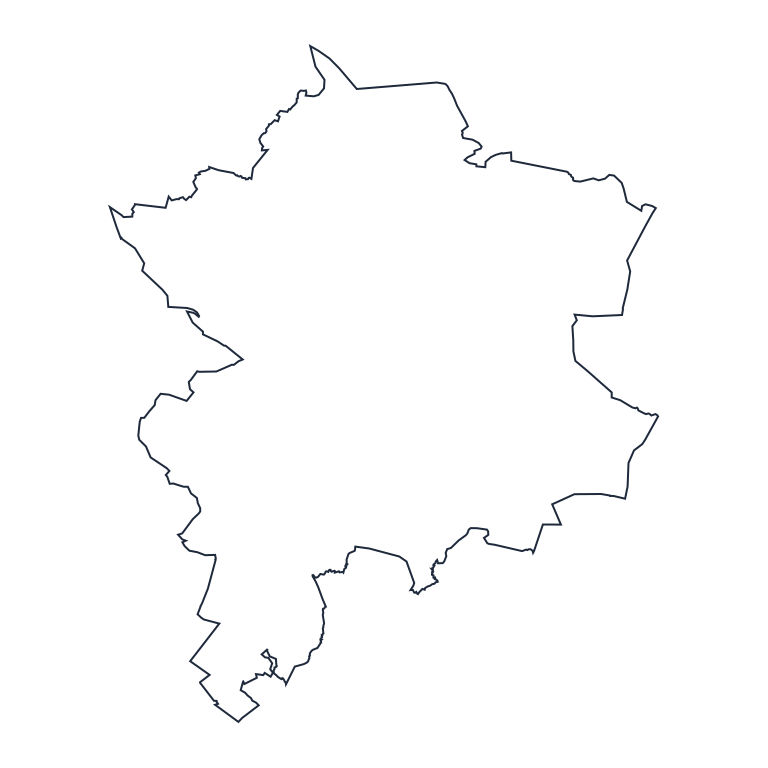 outline of Nītaures pag., Amatas, Latvia
{"feature_id": "27541924B33705410668553", "entity_name": "Nītaures pag.", "entity_type": "district", "adm_level": 2, "iso_a3": "LVA", "parent_name": "Latvia", "parent_adm1": "Amatas", "projection": "mercator", "projection_center": [25.207, 57.075], "detail": "fine", "context": "isolated", "style": "outline", "palette": "slate", "viewbox_px": 768, "rotation_deg": 0, "n_neighbors": 0, "source": "geoboundaries", "source_scale": "gbopen_adm2", "svg_char_len": 6100}
<svg xmlns="http://www.w3.org/2000/svg" viewBox="0 0 768 768"><path d="M658.1,416.4L656.8,414.8L655.4,414.1L651.4,415.5L649.4,413.8L648.3,413.5L646.2,414.1L644.2,413.4L638.4,410.4L637.8,408.5L636.9,407.6L635.3,408.3L632.2,407.4L620.3,400.2L611.7,397.5L611.7,392.4L587.8,371.3L575.4,360.9L573.4,351.3L573.3,341.0L572.4,326.1L576.8,320.3L574.6,314.6L592.6,316.3L622.0,315.0L623.0,309.3L622.7,308.4L627.3,289.7L630.2,271.4L627.1,260.5L645.2,226.4L652.5,213.2L655.8,208.1L652.1,206.0L645.6,204.3L642.1,206.0L641.3,210.8L626.9,201.9L623.6,188.4L621.7,182.9L614.1,175.6L609.3,174.9L605.0,178.7L598.7,180.3L593.4,178.4L580.2,181.6L574.3,181.0L573.3,180.2L572.9,179.4L573.2,178.4L573.0,177.7L571.3,176.6L570.8,174.8L568.9,174.1L568.2,172.5L566.8,171.7L511.3,160.7L511.1,152.4L502.5,153.5L501.9,153.1L495.9,154.8L491.0,157.1L485.6,161.8L485.3,167.2L476.4,166.3L476.3,164.3L469.5,163.2L464.6,160.0L467.6,157.3L474.7,153.8L474.4,150.9L480.7,148.6L481.6,146.6L478.7,143.0L472.6,139.7L463.1,138.0L462.0,134.5L462.5,133.8L462.7,132.6L461.9,131.0L467.9,126.3L465.6,121.3L457.1,105.8L454.1,98.2L451.9,93.6L449.5,90.0L447.8,86.5L446.0,84.4L444.8,83.8L436.7,82.5L356.8,89.0L339.3,68.4L329.5,58.5L318.3,50.7L310.3,46.1L315.5,66.7L324.5,79.8L324.0,88.4L318.6,94.9L313.8,96.3L305.7,95.6L306.4,92.8L305.9,90.5L303.6,90.9L300.9,90.5L299.9,91.2L298.5,92.7L297.8,94.3L297.8,98.3L296.7,98.7L296.7,102.4L294.2,105.3L292.7,106.4L290.2,109.5L289.0,109.0L287.4,111.9L280.2,110.9L276.9,114.9L279.6,116.5L278.0,121.3L274.6,120.2L270.8,124.1L268.9,124.3L268.9,125.7L266.1,129.1L266.5,131.2L265.8,132.4L264.9,133.2L263.8,133.2L261.6,135.2L259.3,139.2L260.4,142.9L263.2,146.5L262.1,148.1L261.9,150.4L267.6,149.9L253.0,168.0L251.4,178.9L249.4,177.7L248.7,177.9L248.0,179.1L245.8,179.4L245.4,178.2L242.1,177.8L241.4,176.4L240.7,176.0L239.5,176.5L238.1,176.2L237.3,175.3L236.2,175.5L233.5,173.0L218.6,170.2L209.2,167.0L209.4,168.9L205.4,170.8L200.8,171.5L198.9,172.6L199.8,174.2L195.3,175.4L195.9,178.2L193.3,181.9L195.6,187.2L197.0,188.9L196.8,189.6L192.0,195.5L191.2,197.2L189.4,196.7L186.1,200.1L184.3,198.9L182.9,197.2L179.5,198.2L179.0,199.2L176.6,199.1L171.7,200.4L168.7,196.6L165.6,207.8L135.0,204.2L135.1,204.7L131.9,209.4L133.8,212.1L132.4,213.7L132.3,216.6L123.5,217.1L121.5,215.1L109.9,207.1L116.5,226.9L120.8,238.5L121.5,237.9L121.9,238.9L135.0,248.3L144.2,263.3L142.2,270.7L162.4,289.7L167.4,295.8L168.3,306.9L187.2,308.0L193.1,309.7L197.0,312.4L199.1,316.0L198.7,316.8L195.3,313.9L193.2,312.8L187.0,311.5L192.7,322.6L202.9,331.6L203.0,334.4L217.6,341.4L224.1,345.7L225.6,345.7L242.7,359.5L238.4,361.3L233.8,364.9L231.9,364.7L216.4,371.5L199.3,371.8L197.2,371.3L191.0,379.7L188.8,382.0L190.0,389.2L193.5,392.4L186.6,400.9L169.1,394.7L160.6,393.8L155.5,400.2L154.7,405.1L149.3,411.3L144.3,417.8L141.0,417.9L139.7,422.0L138.3,435.5L139.2,439.7L146.0,446.5L150.6,457.4L167.0,468.4L169.4,471.0L165.8,475.0L167.3,476.8L169.7,483.8L173.2,483.5L183.5,486.7L187.9,486.8L191.0,493.4L196.9,498.0L197.8,503.1L200.2,508.2L200.2,511.5L198.6,513.6L192.8,519.1L182.6,532.9L182.0,533.5L178.1,534.7L182.3,539.4L185.8,540.7L182.4,542.3L184.6,546.1L189.4,550.7L197.3,552.2L205.2,555.2L215.1,554.9L215.8,558.7L215.3,559.6L215.6,560.0L207.9,588.6L202.0,603.5L200.4,606.4L200.5,606.7L197.6,614.3L201.7,618.1L204.2,619.6L219.3,623.6L190.2,661.2L209.6,674.9L200.0,682.3L200.1,682.8L214.0,700.8L216.6,700.9L216.8,702.3L218.0,703.8L215.1,704.8L238.4,721.9L242.2,717.9L258.7,705.3L256.0,702.6L252.2,700.6L251.1,698.2L247.5,695.4L245.2,692.8L240.7,690.2L243.1,681.5L243.3,681.4L244.4,684.0L256.8,677.8L256.0,674.1L263.3,675.1L264.7,672.9L270.6,676.7L272.9,672.7L270.2,669.2L272.2,663.3L268.3,657.8L265.1,657.4L261.7,654.4L267.6,649.1L267.0,650.8L269.8,656.4L275.9,658.9L276.4,665.5L276.8,666.0L275.8,667.2L274.5,667.5L274.5,669.0L273.7,670.4L273.7,672.3L274.3,673.7L276.5,675.3L277.7,676.8L281.5,679.2L282.1,679.0L282.3,678.2L282.9,678.3L284.2,680.2L284.8,681.8L285.7,682.2L286.0,684.3L294.8,666.6L303.8,664.1L307.0,662.5L308.2,661.2L308.7,659.4L309.4,658.3L309.1,656.3L309.9,655.7L309.8,653.7L310.3,652.6L311.8,650.6L313.1,649.7L317.4,648.0L320.4,643.5L320.5,642.6L321.0,642.5L320.8,642.1L321.2,640.6L320.6,640.5L320.4,639.3L321.1,639.2L320.8,639.0L321.9,637.5L321.5,637.1L321.7,636.3L322.0,636.4L321.8,634.9L322.5,634.9L322.8,633.8L323.4,633.4L322.8,628.2L323.3,627.6L323.3,626.1L324.1,623.3L322.9,615.8L322.8,614.5L323.3,613.0L322.8,609.7L323.0,608.8L324.3,608.4L325.2,606.7L325.8,606.6L322.7,599.4L318.5,587.9L315.9,582.0L312.5,575.9L312.6,575.1L313.3,575.1L315.0,577.4L316.1,577.7L318.1,576.8L320.3,574.0L323.9,574.6L325.0,573.3L325.7,571.6L326.8,571.3L328.3,571.9L329.1,570.1L329.7,569.8L330.5,569.8L331.0,571.3L331.5,571.7L334.5,570.8L334.9,571.1L334.8,572.6L338.9,571.3L339.6,572.4L342.9,571.9L343.4,572.5L344.3,569.0L345.8,568.0L346.2,567.0L345.4,566.6L345.4,565.6L345.8,565.1L346.3,565.5L347.4,564.1L346.4,563.3L346.7,562.3L346.6,559.6L348.5,554.0L349.6,553.0L354.6,550.9L355.0,550.0L355.3,546.6L369.2,548.5L399.3,556.5L406.5,561.5L414.2,582.9L413.4,585.6L410.5,590.1L412.8,589.9L414.2,592.6L415.0,592.8L416.3,591.9L417.2,593.7L418.0,594.1L418.9,592.6L422.4,588.9L424.7,589.7L424.9,588.4L425.3,587.9L428.0,586.3L430.1,585.7L432.4,584.1L434.5,583.7L435.6,582.3L437.7,581.8L437.5,580.8L436.5,579.8L434.8,579.1L434.5,578.7L435.2,578.0L435.0,577.4L433.4,577.4L433.5,575.3L432.0,574.8L432.0,573.7L432.8,572.4L432.1,572.4L432.1,571.8L432.9,570.7L431.9,569.4L432.8,569.7L432.9,569.3L432.4,568.1L433.1,567.8L434.3,565.7L433.4,565.4L433.6,564.4L435.4,563.2L435.7,561.6L437.1,560.0L438.1,563.3L442.8,563.1L444.4,561.1L446.3,556.1L445.7,552.9L447.2,549.1L450.9,548.0L458.6,540.5L466.0,535.1L467.3,533.5L468.8,529.6L470.7,528.1L477.1,528.2L486.9,529.6L488.1,531.3L488.3,534.9L484.0,537.9L487.3,543.2L488.9,543.9L494.9,544.8L522.1,551.1L526.2,549.6L527.4,550.1L528.6,549.3L530.4,549.2L532.5,550.6L533.1,552.8L534.0,551.1L542.9,524.5L560.9,524.6L552.2,504.3L574.4,494.2L601.1,494.0L609.8,495.5L609.9,495.9L613.7,496.0L625.1,498.7L627.6,486.5L628.5,463.0L634.0,450.4L642.3,444.1L645.0,440.0L658.1,416.4Z" fill="none" stroke="#1e293b" stroke-width="2"/></svg>